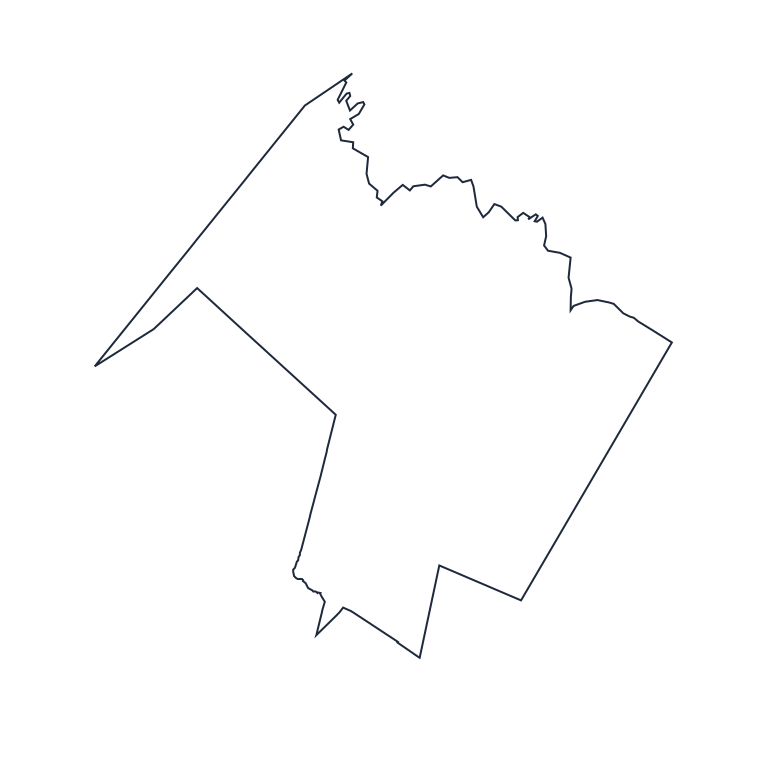 the district of Santa Cruz Tacache de Mina, Oaxaca, Mexico, rotated 43°
{"feature_id": "50627088B6495854920527", "entity_name": "Santa Cruz Tacache de Mina", "entity_type": "district", "adm_level": 2, "iso_a3": "MEX", "parent_name": "Mexico", "parent_adm1": "Oaxaca", "projection": "natural_earth1", "projection_center": [-98.17, 17.817], "detail": "fine", "context": "isolated", "style": "outline", "palette": "slate", "viewbox_px": 768, "rotation_deg": 43, "n_neighbors": 0, "source": "geoboundaries", "source_scale": "gbopen_adm2", "svg_char_len": 2145}
<svg xmlns="http://www.w3.org/2000/svg" viewBox="0 0 768 768"><g transform="rotate(43 384 384)"><path d="M136.2,234.3L136.7,241.0L139.5,280.1L140.7,296.5L142.2,317.2L143.5,334.3L144.7,351.4L146.0,369.9L147.5,390.2L148.4,403.2L149.6,418.4L150.6,432.6L151.6,447.1L155.1,495.1L160.4,568.4L178.1,501.0L178.8,490.7L181.9,441.3L189.4,441.2L249.3,440.7L369.7,439.4L386.8,470.4L388.4,472.8L392.0,479.4L399.3,492.5L400.5,494.6L401.0,495.6L411.6,515.6L411.8,515.9L418.8,529.1L420.2,531.4L423.9,538.2L426.5,543.1L436.5,561.7L437.6,564.8L439.2,566.5L439.5,568.8L441.5,571.6L441.4,573.3L444.2,579.1L444.2,581.7L445.8,583.4L447.9,584.8L449.1,585.8L451.8,585.9L453.8,585.5L457.0,582.6L458.7,582.6L459.1,583.4L462.5,583.1L467.7,585.0L472.4,583.8L473.7,584.0L475.4,582.4L477.8,582.2L477.6,581.7L480.1,580.2L480.3,580.9L483.6,582.1L489.2,583.6L493.0,591.2L493.7,592.4L494.0,592.8L502.9,608.7L503.4,609.6L504.5,611.5L505.2,612.6L505.8,613.8L507.1,585.2L507.1,583.2L507.2,581.9L506.6,575.4L507.3,575.1L507.8,575.0L514.3,572.7L517.8,572.0L570.1,563.1L570.2,563.9L594.0,560.4L596.8,559.9L548.2,479.0L631.8,448.8L616.8,382.0L566.2,157.3L543.1,161.7L527.3,164.9L521.5,165.2L517.7,167.1L510.8,169.1L497.3,168.7L495.9,169.5L493.3,170.7L482.9,177.0L475.0,186.7L469.4,197.6L470.2,202.8L461.2,192.8L457.1,187.5L455.9,186.2L446.5,180.4L434.3,164.3L423.2,168.1L413.0,174.7L406.6,173.5L401.8,165.3L392.9,156.9L386.5,154.2L385.2,161.0L383.2,162.2L381.9,156.2L379.3,156.4L377.2,165.2L376.9,162.6L369.1,163.9L367.9,170.8L370.2,172.9L368.5,174.8L348.8,174.3L342.0,177.2L343.5,187.0L342.8,194.4L330.9,191.0L314.7,178.5L308.5,175.3L303.9,182.8L296.7,182.6L291.2,188.7L285.0,191.1L283.5,207.6L278.0,210.3L270.6,219.4L270.9,224.8L261.9,225.6L260.5,237.6L260.0,255.7L258.2,251.5L251.5,252.5L247.5,247.1L236.4,247.6L227.9,242.2L217.6,228.9L200.5,232.9L196.6,228.2L186.4,235.1L177.3,228.8L179.0,223.4L184.8,222.3L184.6,215.3L178.6,213.3L181.4,203.7L179.0,192.9L176.5,192.0L173.4,196.8L172.6,207.2L163.2,202.6L162.9,196.4L160.2,194.7L158.6,197.1L159.2,206.8L159.4,208.8L156.3,207.8L150.8,189.2L148.1,189.0L149.0,178.5L136.2,234.3Z" fill="none" stroke="#1e293b" stroke-width="2"/></g></svg>